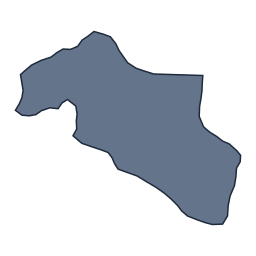 the district of Porto Real, Rio de Janeiro, Brazil, rotated 90°
{"feature_id": "56859067B71972686895442", "entity_name": "Porto Real", "entity_type": "district", "adm_level": 2, "iso_a3": "BRA", "parent_name": "Brazil", "parent_adm1": "Rio de Janeiro", "projection": "natural_earth1", "projection_center": [-44.326, -22.446], "detail": "fine", "context": "isolated", "style": "filled", "palette": "slate", "viewbox_px": 256, "rotation_deg": 90, "n_neighbors": 0, "source": "geoboundaries", "source_scale": "gbopen_adm2", "svg_char_len": 1071}
<svg xmlns="http://www.w3.org/2000/svg" viewBox="0 0 256 256"><g transform="rotate(90 128 128)"><path d="M169.2,137.9L172.2,129.4L175.9,119.1L182.0,109.0L187.5,99.7L193.2,91.7L198.9,85.0L205.4,78.5L210.9,74.4L216.0,68.5L220.3,57.5L222.7,50.5L224.5,43.7L224.1,33.4L216.0,28.5L205.4,27.8L195.9,25.9L185.8,21.6L176.9,20.1L168.2,19.5L161.8,15.8L155.3,15.4L150.4,19.5L143.9,26.8L141.1,33.4L136.5,39.2L132.3,46.1L126.9,52.4L116.5,56.8L106.3,56.4L98.3,55.0L90.6,54.0L84.4,53.8L75.5,53.2L74.0,102.3L70.6,113.0L68.2,120.0L62.7,128.4L55.6,133.4L50.6,136.9L43.9,140.1L36.8,145.6L34.3,152.3L31.5,162.0L36.4,168.3L40.1,173.9L46.3,178.3L49.4,185.6L49.0,192.9L52.4,198.8L57.1,205.0L60.4,214.9L65.1,224.5L70.0,230.3L74.6,235.5L83.0,234.1L90.4,232.9L97.7,234.1L103.6,236.6L110.3,240.6L115.2,234.1L115.8,226.6L114.6,220.1L110.7,214.6L107.8,206.2L108.7,198.0L103.0,194.0L99.5,188.6L106.0,180.2L114.0,178.9L120.5,179.7L129.0,179.3L135.8,183.0L143.3,174.2L147.2,162.9L149.6,155.6L152.5,147.9L157.8,143.9L163.9,141.3L169.2,137.9Z" fill="#64748b" stroke="#1e293b" stroke-width="1.5"/></g></svg>